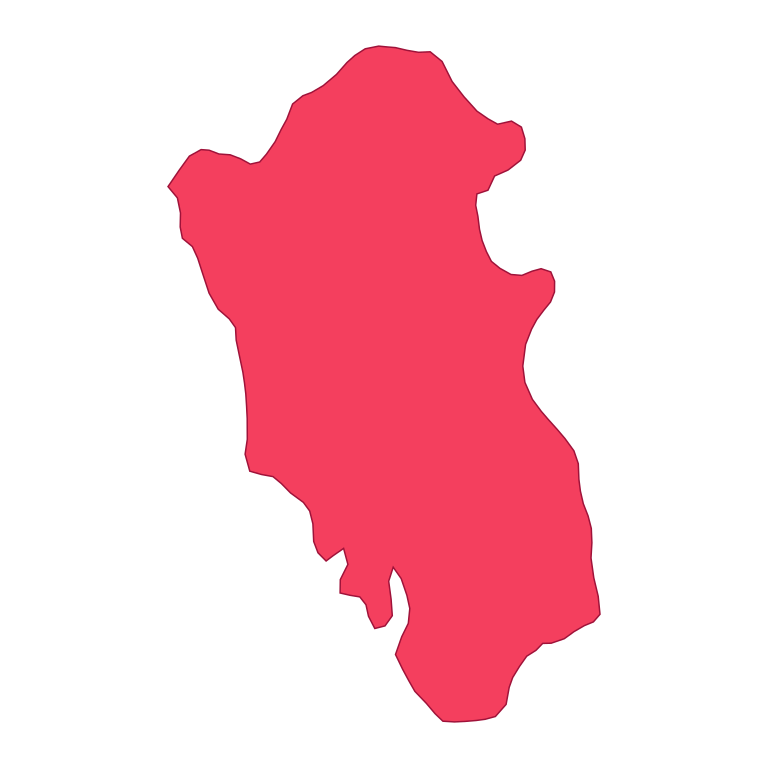 outline of Mvita, Kenya
{"feature_id": "3690345B40484627971500", "entity_name": "Mvita", "entity_type": "district", "adm_level": 2, "iso_a3": "KEN", "parent_name": "Kenya", "parent_adm1": "", "projection": "equal_earth", "projection_center": [39.663, -4.052], "detail": "fine", "context": "isolated", "style": "filled", "palette": "rose", "viewbox_px": 768, "rotation_deg": 0, "n_neighbors": 0, "source": "geoboundaries", "source_scale": "gbopen_adm2", "svg_char_len": 2000}
<svg xmlns="http://www.w3.org/2000/svg" viewBox="0 0 768 768"><path d="M168.0,186.6L177.4,197.9L180.5,213.0L180.2,227.0L182.4,238.3L192.4,246.6L197.7,258.2L202.8,274.0L209.1,293.2L218.2,309.2L229.3,318.9L235.5,327.6L236.2,340.2L239.3,355.2L242.9,372.3L244.5,383.0L245.8,393.9L246.6,406.5L247.2,418.5L247.3,439.3L245.1,454.2L249.8,471.2L261.5,474.5L273.0,476.6L281.3,483.5L290.6,493.0L303.4,502.4L309.7,511.0L312.9,523.8L313.7,541.5L318.0,552.8L326.1,561.0L333.1,555.7L343.6,548.4L347.9,564.4L340.3,579.6L340.1,593.0L350.1,595.3L359.8,596.9L366.0,604.8L368.5,616.3L374.8,628.5L385.0,625.9L392.3,615.7L391.1,599.2L388.7,581.2L393.2,567.2L401.2,578.6L406.9,595.3L409.8,608.5L408.3,623.4L401.7,636.8L395.5,654.5L402.7,669.4L408.8,680.7L414.9,691.4L426.4,703.4L435.0,713.6L442.9,721.2L454.4,721.9L465.1,721.4L476.0,720.5L485.1,719.3L495.4,716.5L506.1,704.4L509.2,687.3L512.7,677.5L519.5,666.4L526.7,656.2L536.0,650.3L542.7,643.4L551.2,643.2L564.3,638.7L573.9,631.7L584.4,625.6L593.4,621.9L600.0,614.3L598.2,596.3L593.8,577.9L591.0,558.0L591.9,542.8L591.3,528.4L588.1,516.0L583.3,503.7L580.4,491.1L578.9,479.3L578.3,463.7L573.9,450.8L565.0,438.6L557.0,429.2L548.2,419.4L541.3,411.4L532.4,399.4L524.9,382.4L522.8,366.1L525.6,344.4L531.6,329.1L536.8,319.5L543.8,310.2L550.5,302.0L554.5,292.0L554.6,281.2L550.8,271.9L541.1,268.7L532.0,271.2L521.9,275.4L511.0,274.5L499.9,268.3L491.4,261.4L486.4,251.6L482.1,240.5L479.5,229.3L477.9,216.3L475.7,205.3L476.9,193.9L488.0,190.2L494.6,176.0L508.1,170.0L520.7,160.2L525.2,150.1L524.9,138.7L521.4,127.1L511.5,121.1L497.6,124.2L487.8,118.7L477.0,111.2L464.0,96.8L452.1,81.5L442.1,61.5L430.2,51.8L418.5,52.3L406.9,50.3L395.4,47.6L386.8,46.9L378.7,46.1L365.2,48.8L354.8,55.5L347.0,62.5L336.5,74.4L323.1,85.7L311.5,92.5L302.9,95.7L292.6,104.0L286.8,119.2L281.1,129.6L275.2,141.6L266.5,154.1L259.7,162.0L250.3,164.1L240.8,158.9L230.2,154.8L219.0,154.0L209.1,150.2L201.1,149.6L189.4,156.1L179.4,169.9L168.0,186.6Z" fill="#f43f5e" stroke="#9f1239" stroke-width="1.5"/></svg>